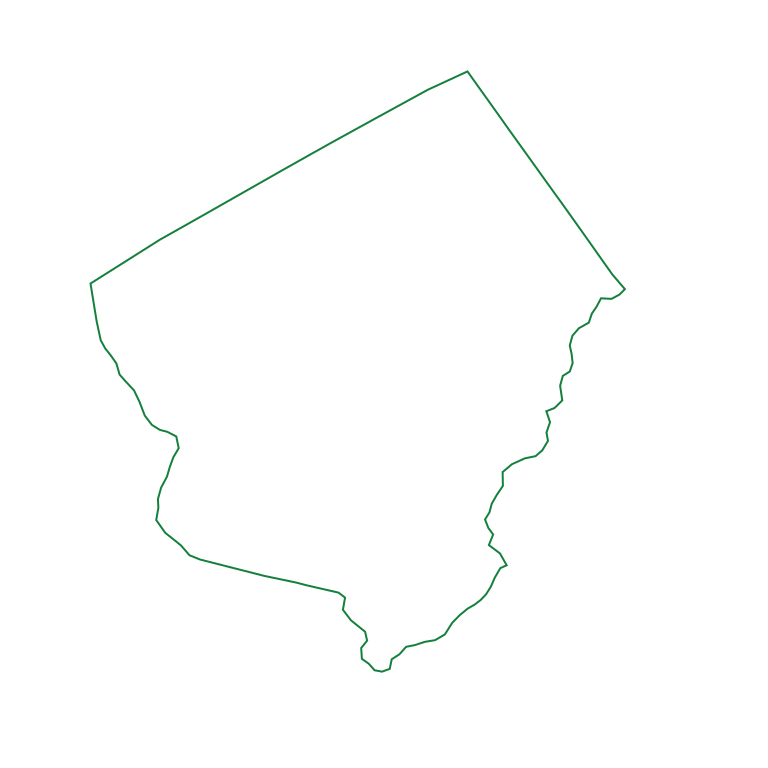 Paty do Alferes, Rio de Janeiro, Brazil (Natural Earth projection), rotated 343°
{"feature_id": "56859067B81747840806563", "entity_name": "Paty do Alferes", "entity_type": "district", "adm_level": 2, "iso_a3": "BRA", "parent_name": "Brazil", "parent_adm1": "Rio de Janeiro", "projection": "natural_earth1", "projection_center": [-43.404, -22.378], "detail": "fine", "context": "isolated", "style": "outline", "palette": "green", "viewbox_px": 768, "rotation_deg": 343, "n_neighbors": 0, "source": "geoboundaries", "source_scale": "gbopen_adm2", "svg_char_len": 1522}
<svg xmlns="http://www.w3.org/2000/svg" viewBox="0 0 768 768"><g transform="rotate(343 384 384)"><path d="M448.3,593.2L445.4,580.0L437.2,568.7L444.4,559.8L441.7,552.2L441.0,543.1L447.3,537.6L452.1,529.9L459.6,522.9L467.9,516.2L471.7,502.9L482.9,498.1L496.9,496.3L507.9,497.3L516.0,493.7L524.2,486.3L525.2,477.9L531.6,469.1L531.3,457.5L540.1,456.8L549.7,451.8L551.9,437.2L557.4,428.5L565.3,426.4L570.5,419.2L572.2,410.1L572.9,401.5L578.3,392.9L586.8,387.6L597.8,385.2L603.3,377.5L609.9,372.2L616.6,365.5L626.5,369.1L635.4,367.3L642.1,363.7L634.4,346.1L617.0,293.4L606.7,262.5L602.9,251.5L580.9,186.3L577.9,177.5L573.8,165.0L555.2,109.5L512.0,115.4L453.0,127.6L402.5,138.2L381.8,142.7L348.6,150.0L251.7,171.7L212.1,180.4L132.7,202.1L127.5,240.3L125.9,259.4L127.8,268.5L131.1,276.9L134.1,286.2L133.9,297.7L137.5,305.6L143.1,317.1L145.0,329.9L146.0,344.3L150.1,355.3L156.3,362.4L162.7,366.3L170.0,373.4L168.9,385.4L161.2,392.4L155.2,400.3L149.4,409.1L140.5,418.0L134.2,427.9L132.0,436.5L126.4,447.5L131.3,462.4L137.1,470.8L142.7,479.1L147.9,490.9L156.8,498.1L213.4,532.5L242.1,548.3L250.7,553.6L261.4,559.8L279.5,570.2L284.3,576.9L278.7,587.9L283.3,600.3L288.0,607.3L293.5,615.4L292.8,624.5L285.0,629.8L282.5,640.4L287.6,647.0L291.3,655.0L298.0,658.5L306.2,658.1L310.9,649.5L319.7,647.0L328.3,641.8L337.1,642.7L347.5,642.5L357.9,643.9L369.0,641.3L379.3,632.4L388.8,627.2L398.2,623.3L406.3,621.4L413.3,618.8L420.2,614.9L427.0,609.0L433.3,601.6L441.4,594.1L448.3,593.2Z" fill="none" stroke="#15803d" stroke-width="2"/></g></svg>